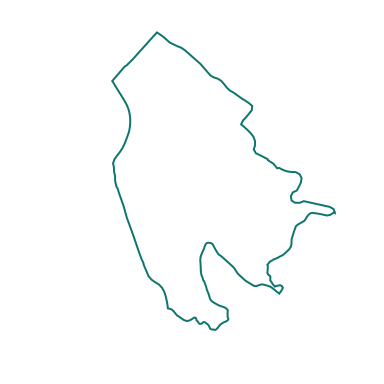 Al Qubaytah, Lahij, Yemen, rotated 219°
{"feature_id": "15242507B21830684788724", "entity_name": "Al Qubaytah", "entity_type": "district", "adm_level": 2, "iso_a3": "YEM", "parent_name": "Yemen", "parent_adm1": "Lahij", "projection": "mercator", "projection_center": [44.415, 13.329], "detail": "fine", "context": "isolated", "style": "outline", "palette": "teal", "viewbox_px": 384, "rotation_deg": 219, "n_neighbors": 0, "source": "geoboundaries", "source_scale": "gbopen_adm2", "svg_char_len": 4082}
<svg xmlns="http://www.w3.org/2000/svg" viewBox="0 0 384 384"><g transform="rotate(219 192 192)"><path d="M84.9,111.5L84.6,112.0L84.0,113.0L83.5,114.8L83.7,115.7L84.0,116.4L84.7,116.7L85.4,117.1L86.1,117.8L87.3,119.2L89.8,122.6L90.2,122.7L91.4,123.0L93.4,123.0L96.1,122.1L98.1,121.3L100.1,120.7L102.1,120.3L105.3,119.8L108.2,119.6L110.1,120.0L112.1,121.2L114.5,123.0L118.6,125.2L121.5,127.3L126.5,130.3L127.3,130.3L128.8,131.2L130.6,132.5L132.6,133.5L135.7,136.5L139.3,140.6L142.9,144.5L144.7,147.4L145.1,148.7L145.9,151.2L147.2,156.1L147.6,156.8L148.4,159.5L148.5,160.7L148.3,161.6L147.6,162.7L146.2,163.6L144.9,164.3L143.6,164.4L143.1,164.4L142.5,164.3L141.6,163.8L140.4,163.2L138.1,162.3L135.8,161.4L132.1,160.2L128.8,160.5L126.2,160.4L115.3,159.8L114.7,159.8L111.2,159.4L105.2,157.4L104.2,157.3L94.6,156.7L85.7,157.9L84.9,158.0L84.1,158.5L83.6,158.8L82.9,159.2L81.0,162.2L79.5,164.3L77.9,165.1L75.3,166.3L75.1,166.4L71.8,167.6L70.9,167.9L67.9,167.9L67.6,167.9L66.1,167.9L65.4,167.9L64.8,167.9L63.7,167.9L60.2,168.0L60.3,168.4L60.3,169.7L60.3,170.2L60.4,171.1L60.5,171.7L60.8,173.6L61.0,174.7L63.0,175.4L63.2,175.5L65.0,174.9L67.7,171.5L68.1,170.6L69.2,170.9L70.8,171.1L75.8,172.7L76.9,174.5L78.2,175.8L78.6,175.9L79.3,175.8L80.2,175.8L81.0,175.8L81.9,176.2L82.4,176.5L85.0,180.2L86.3,182.0L87.6,182.8L87.6,184.3L87.6,184.8L87.7,186.7L87.5,187.0L86.3,190.3L86.2,190.8L84.8,193.2L84.0,194.9L83.0,197.3L82.9,197.6L82.7,198.1L81.7,200.2L81.3,202.3L81.0,204.2L80.7,206.6L80.6,207.5L80.4,208.4L80.4,208.7L80.7,210.9L80.7,211.3L80.7,211.5L81.3,212.8L81.6,213.5L81.8,214.0L82.3,214.5L82.7,215.1L82.9,215.4L83.8,216.5L84.0,216.8L84.1,217.0L84.7,217.7L84.8,218.0L85.0,218.5L86.3,221.6L86.5,222.1L87.3,224.1L87.7,224.9L88.4,227.0L89.7,230.7L89.4,232.4L89.1,233.7L87.9,236.7L86.6,240.2L86.6,242.1L87.1,245.1L87.1,248.2L86.7,249.6L86.1,250.6L85.2,251.6L82.8,253.0L82.1,253.5L81.1,254.1L78.6,255.5L73.1,258.3L72.5,258.5L72.4,258.6L71.6,259.5L70.2,261.3L69.6,263.1L68.9,265.2L68.9,265.3L67.8,265.6L68.7,266.4L71.3,267.8L75.6,267.1L99.4,255.2L101.5,251.4L104.9,248.6L109.2,248.0L110.9,249.5L112.5,250.9L113.4,255.2L111.5,259.1L112.3,263.5L113.3,267.7L115.5,271.7L119.4,273.5L123.8,272.8L127.3,270.1L131.1,267.9L135.1,266.4L139.4,265.6L140.7,264.0L146.3,265.2L153.0,264.5L153.8,265.1L158.0,264.3L162.3,263.4L166.6,262.3L169.9,263.6L170.1,263.6L170.7,263.9L172.4,268.0L175.2,271.3L179.0,273.6L183.2,274.6L187.5,275.1L192.1,275.4L196.4,275.5L197.4,279.8L197.0,284.2L197.0,288.7L197.0,293.2L199.4,296.8L203.9,296.9L208.3,296.5L213.0,295.9L217.4,295.7L222.0,295.4L226.4,294.7L230.7,295.0L235.0,296.0L239.2,296.8L243.6,296.2L247.7,294.6L251.3,294.2L265.7,296.8L286.6,297.7L288.0,297.6L290.9,297.4L295.1,296.1L299.5,295.0L303.7,294.1L308.2,294.4L312.7,294.5L317.2,294.2L319.7,293.9L320.3,282.3L321.6,257.3L322.5,249.4L323.3,246.6L323.8,228.0L322.6,227.7L318.5,226.2L314.2,224.7L310.1,223.3L305.8,221.8L301.4,220.2L297.3,218.5L293.5,216.4L290.0,213.8L286.7,210.7L283.7,207.1L281.3,203.6L279.1,199.7L277.5,195.5L276.1,191.2L274.7,186.8L273.6,182.2L273.2,177.8L273.1,173.3L272.9,168.7L271.4,164.6L268.1,161.9L265.2,158.6L261.7,155.9L258.8,152.3L254.1,148.6L251.8,147.8L248.8,145.7L236.4,138.1L226.3,130.9L213.4,123.2L205.0,118.0L196.5,112.6L188.8,108.0L184.8,106.1L184.6,105.6L180.7,103.4L176.8,101.4L173.0,99.3L168.4,98.4L163.9,98.7L159.4,99.3L154.9,98.7L150.8,97.0L146.9,94.5L143.2,91.6L139.9,88.7L137.5,86.3L137.4,86.3L137.0,86.6L136.8,86.7L135.5,87.4L133.9,87.9L131.8,87.8L131.6,87.8L126.2,86.7L117.7,87.4L115.7,88.1L114.6,88.6L113.6,89.9L112.6,91.6L111.3,95.7L110.8,96.2L110.0,96.4L109.3,96.4L108.6,95.8L108.0,95.3L107.5,95.1L106.8,95.0L106.1,95.0L105.4,94.9L104.8,94.5L104.4,94.4L103.8,94.3L103.2,94.3L102.7,94.6L102.0,95.3L101.6,95.9L101.5,96.4L101.5,96.6L101.4,97.2L101.3,98.0L100.8,98.5L100.3,98.8L99.1,98.9L97.7,99.0L96.8,99.0L95.9,99.0L95.3,98.8L94.2,98.4L92.8,97.7L91.8,97.2L91.2,97.3L90.8,97.4L90.4,97.5L89.7,97.9L88.7,98.7L87.9,99.0L87.1,99.5L86.7,100.6L86.5,102.1L86.5,102.5L86.6,105.3L86.5,106.9L86.1,108.4L85.5,110.3L84.9,111.5Z" fill="none" stroke="#0f766e" stroke-width="2"/></g></svg>